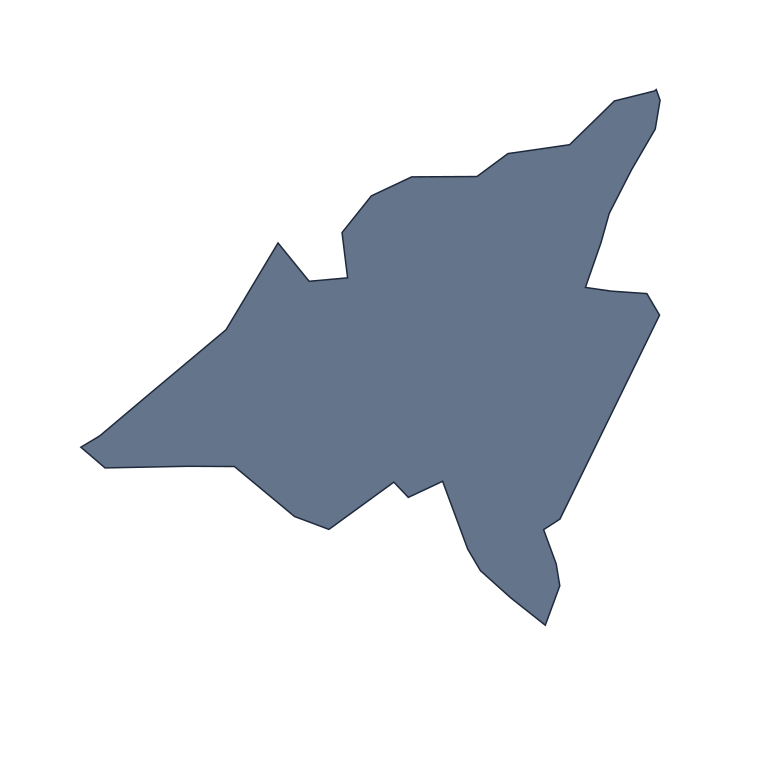 Chrysochou, Paphos, Cyprus, rotated 353°
{"feature_id": "46923920B43074959390545", "entity_name": "Chrysochou", "entity_type": "district", "adm_level": 2, "iso_a3": "CYP", "parent_name": "Cyprus", "parent_adm1": "Paphos", "projection": "natural_earth1", "projection_center": [32.444, 35.0], "detail": "fine", "context": "isolated", "style": "filled", "palette": "slate", "viewbox_px": 768, "rotation_deg": 353, "n_neighbors": 0, "source": "geoboundaries", "source_scale": "gbopen_adm2", "svg_char_len": 671}
<svg xmlns="http://www.w3.org/2000/svg" viewBox="0 0 768 768"><g transform="rotate(353 384 384)"><path d="M75.4,409.8L96.9,433.3L179.6,441.8L225.5,447.7L279.0,504.6L311.6,521.6L381.8,482.6L394.3,499.5L430.3,487.7L447.0,558.2L457.0,581.1L483.7,611.7L514.7,643.1L533.9,605.7L533.0,583.6L524.7,548.0L542.2,539.5L665.9,349.2L655.9,326.3L620.8,319.5L595.7,312.7L616.6,270.2L628.3,242.2L655.9,201.4L684.3,164.0L692.6,136.0L690.1,124.9L688.2,126.1L647.2,131.1L597.4,169.1L535.1,170.4L501.5,189.4L436.7,181.8L394.4,195.7L360.8,228.6L360.8,274.2L322.2,272.9L296.0,231.1L233.8,310.9L144.1,369.1L95.6,400.8L75.4,409.8Z" fill="#64748b" stroke="#1e293b" stroke-width="1.5"/></g></svg>